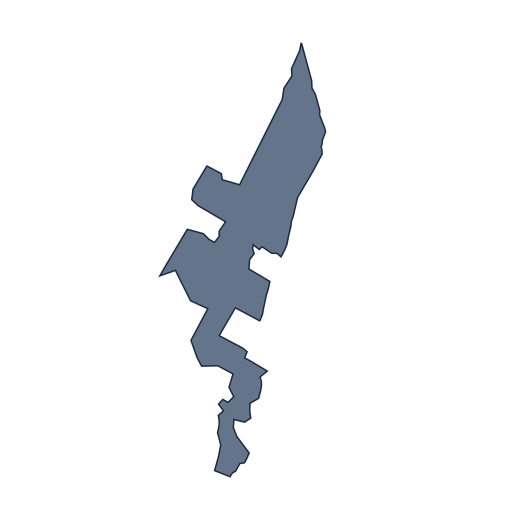 Wekilbazar, Mary, Turkmenistan (Natural Earth projection), rotated 28°
{"feature_id": "10190150B57236240934442", "entity_name": "Wekilbazar", "entity_type": "district", "adm_level": 2, "iso_a3": "TKM", "parent_name": "Turkmenistan", "parent_adm1": "Mary", "projection": "natural_earth1", "projection_center": [61.577, 38.453], "detail": "fine", "context": "isolated", "style": "filled", "palette": "slate", "viewbox_px": 512, "rotation_deg": 28, "n_neighbors": 0, "source": "geoboundaries", "source_scale": "gbopen_adm2", "svg_char_len": 2016}
<svg xmlns="http://www.w3.org/2000/svg" viewBox="0 0 512 512"><g transform="rotate(28 256 256)"><path d="M222.7,74.9L197.1,47.6L196.6,47.1L196.0,47.1L197.5,52.2L198.2,54.6L199.4,74.0L203.2,80.1L201.9,94.7L205.7,105.6L208.1,200.8L207.6,200.9L191.8,204.2L190.5,204.5L190.4,204.4L186.7,199.6L170.4,199.6L169.0,226.6L171.7,233.4L172.7,236.2L172.8,236.4L178.9,238.1L181.6,238.8L207.2,239.8L213.1,240.1L211.8,251.1L213.3,254.2L214.3,256.0L213.6,260.0L213.0,263.4L206.7,263.4L199.2,261.0L196.8,261.5L182.8,264.7L180.9,304.5L180.4,318.7L191.6,306.5L204.0,315.4L219.3,326.3L237.6,325.1L238.2,325.1L238.2,336.8L238.2,360.9L239.4,362.1L251.6,373.3L259.7,378.8L271.9,371.9L273.6,370.9L291.1,370.9L291.9,375.1L293.8,384.6L302.4,390.7L301.2,394.6L300.0,398.4L294.0,398.2L292.5,404.4L300.0,408.1L297.8,413.6L297.5,414.3L300.5,418.2L302.8,422.5L305.1,430.2L306.8,432.0L313.6,439.4L317.0,450.5L320.2,464.9L322.2,464.7L336.7,463.1L337.0,458.4L337.2,458.2L339.0,455.7L339.0,454.4L339.2,446.7L341.3,445.3L342.2,444.6L342.8,444.1L343.0,442.7L342.9,438.9L342.5,433.2L323.9,424.4L318.9,420.1L316.4,418.0L316.4,417.9L313.3,410.7L323.9,408.1L327.5,401.6L324.0,396.9L323.7,396.4L323.2,395.7L319.9,389.0L320.3,388.4L320.2,388.2L322.2,385.2L325.1,380.4L324.6,378.1L323.4,373.0L321.8,368.3L321.1,366.7L319.7,364.4L316.4,360.8L320.0,352.3L299.4,351.3L293.8,351.3L293.1,344.7L287.3,343.6L260.9,343.6L261.3,332.0L262.1,311.8L262.1,311.5L289.7,311.5L289.8,310.9L289.1,304.4L287.3,299.1L283.5,285.6L282.5,280.2L280.3,272.3L280.2,272.0L255.8,270.8L254.9,268.7L254.4,267.4L253.1,264.6L252.1,262.2L253.3,254.8L249.5,251.1L248.3,247.4L251.0,247.9L255.8,248.7L256.2,247.7L257.1,245.0L268.4,246.2L273.0,244.0L273.5,243.8L278.5,245.0L278.5,243.7L278.5,237.0L277.9,231.5L275.3,222.9L273.2,214.7L270.9,208.2L270.3,203.9L265.3,184.9L266.5,153.1L266.5,134.8L264.4,131.4L262.1,128.7L261.9,126.5L260.3,122.6L259.1,113.5L255.9,110.2L245.9,101.5L244.0,97.5L232.9,85.7L227.4,81.9L226.9,81.9L222.7,74.9Z" fill="#64748b" stroke="#1e293b" stroke-width="1.5"/></g></svg>